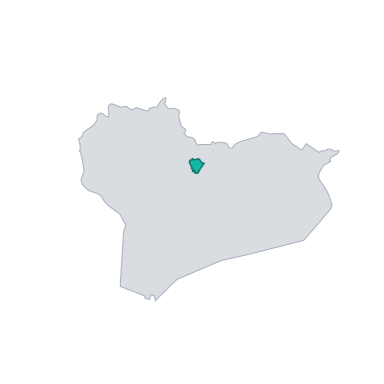 location of Baquba, Diyala, Iraq, rotated 305°
{"feature_id": "34846034B22760566253423", "entity_name": "Baquba", "entity_type": "district", "adm_level": 2, "iso_a3": "IRQ", "parent_name": "Iraq", "parent_adm1": "Diyala", "projection": "natural_earth1", "projection_center": [44.628, 33.645], "detail": "fine", "context": "in_parent", "style": "filled", "palette": "teal", "viewbox_px": 384, "rotation_deg": 305, "n_neighbors": 0, "source": "geoboundaries", "source_scale": "gbopen_adm2", "svg_char_len": 4777}
<svg xmlns="http://www.w3.org/2000/svg" viewBox="0 0 384 384"><g transform="rotate(305 192 192)"><path d="M160.8,76.5L163.1,75.9L167.4,72.3L170.0,69.0L170.8,68.7L173.0,69.8L174.6,70.1L178.3,68.9L180.5,69.5L182.4,70.4L183.4,70.4L188.4,72.5L189.6,72.7L192.2,73.0L196.0,73.1L198.5,71.8L200.2,70.4L201.4,70.5L202.6,70.8L203.6,71.4L204.5,72.3L204.9,73.7L204.7,78.2L205.1,79.4L205.7,80.2L206.6,80.4L207.6,79.4L209.5,78.0L211.7,76.5L213.4,75.0L214.3,74.5L215.8,74.6L217.3,74.8L218.1,75.5L218.9,77.8L220.9,85.7L222.0,86.7L223.3,87.5L224.2,88.7L224.5,89.8L224.4,91.6L224.5,93.8L225.0,95.4L225.7,96.6L226.4,97.2L227.4,97.3L228.7,97.6L229.5,98.8L232.1,107.7L232.4,108.9L233.5,109.3L235.3,109.1L237.2,110.0L239.2,111.5L241.1,114.2L242.3,114.6L246.3,114.2L251.7,114.7L254.2,116.1L254.0,116.9L252.0,117.9L248.6,119.0L247.6,121.0L247.0,123.4L247.1,124.8L248.0,126.4L250.4,129.4L250.6,130.6L251.0,132.1L251.5,133.1L251.0,135.2L248.8,136.6L245.9,138.1L240.1,145.0L239.6,146.4L239.7,150.5L239.1,151.6L237.3,151.6L235.8,151.4L235.8,152.8L234.8,154.7L234.3,156.3L236.5,160.2L236.9,162.3L236.5,164.1L234.5,167.3L233.4,169.5L233.7,170.0L235.2,170.9L240.1,177.9L241.6,180.4L243.7,179.8L244.4,179.8L245.0,180.2L245.4,181.1L245.4,182.1L244.9,183.7L247.5,184.4L248.4,186.0L251.5,191.5L251.4,193.2L250.0,195.8L250.0,197.5L250.3,199.0L250.7,199.6L255.2,199.8L257.1,200.4L261.8,203.3L267.1,207.6L271.5,211.1L275.2,214.2L279.2,214.0L280.3,214.5L281.3,215.4L282.4,217.9L284.8,223.6L286.7,225.4L289.7,229.9L292.6,234.1L290.8,239.9L289.0,245.8L289.1,253.5L289.1,257.7L292.9,257.8L297.2,258.0L297.2,263.0L297.3,267.9L297.4,273.6L298.7,273.9L300.7,275.1L301.5,276.9L302.6,277.9L303.9,278.1L305.2,279.0L306.4,280.6L306.9,281.9L306.6,282.7L306.9,284.2L307.8,286.3L308.8,287.3L310.5,288.6L308.3,289.3L305.8,288.7L300.6,286.2L298.9,286.2L296.7,287.1L296.6,288.0L291.1,285.2L289.1,284.6L288.4,284.6L285.3,284.6L280.8,285.1L278.2,286.2L276.4,287.4L275.5,288.6L275.3,289.2L273.8,292.7L272.2,297.2L270.5,301.2L267.2,306.8L265.4,309.5L261.4,314.3L257.2,315.3L247.2,314.3L236.2,313.3L225.2,312.2L217.0,311.4L216.4,311.2L208.3,304.2L201.9,298.8L194.0,291.9L185.9,285.0L177.7,277.9L171.7,272.7L164.5,266.1L157.9,260.1L152.7,255.4L146.1,251.2L140.9,247.9L133.3,243.2L127.3,239.4L122.1,236.2L114.2,231.2L111.5,229.8L103.3,228.2L95.4,226.8L87.3,225.3L81.9,224.3L85.5,220.8L84.5,217.6L81.9,218.2L79.5,219.0L78.1,214.0L79.9,213.4L78.3,206.9L76.7,200.3L75.1,193.9L73.5,187.3L80.4,183.1L85.5,179.9L92.8,175.5L99.7,171.3L106.3,167.2L113.6,162.8L120.1,158.8L126.0,157.2L127.3,155.9L130.0,150.5L132.4,145.8L132.5,144.8L132.6,138.2L133.0,130.4L133.8,126.3L135.2,122.7L136.4,120.0L136.6,117.5L136.5,115.0L135.2,111.1L134.0,107.2L134.2,103.3L134.4,101.3L135.3,98.0L136.7,95.6L138.2,94.1L143.8,92.6L147.1,91.7L151.6,87.4L154.2,84.9L157.9,80.9L160.6,77.9L160.8,76.9L160.8,76.5Z" fill="#d9dde1" stroke="#a8b0b8" stroke-width="1"/><path d="M210.8,185.1L210.9,185.3L210.9,185.5L210.9,185.9L210.9,186.1L211.0,186.1L211.4,185.8L211.5,185.7L211.8,185.5L212.0,185.6L212.3,185.8L212.6,185.8L212.8,185.8L213.0,185.7L213.2,185.8L213.3,185.8L213.5,185.7L213.9,185.5L214.0,185.5L214.4,185.5L214.5,185.6L214.8,185.5L215.3,185.5L215.6,185.5L216.1,185.5L216.6,185.5L217.1,185.5L217.5,185.5L217.9,185.5L218.2,185.5L219.1,185.5L219.7,185.5L220.4,185.5L221.1,185.5L221.5,185.5L222.4,185.4L222.4,185.2L222.3,184.9L222.0,184.3L221.9,184.0L221.8,183.6L221.8,183.3L221.8,183.1L221.9,182.5L222.0,182.2L222.1,181.8L222.2,181.4L222.3,181.1L222.4,180.5L222.5,180.3L222.6,180.2L222.8,179.9L222.9,179.7L223.0,179.6L223.0,179.4L222.9,179.0L222.9,178.8L222.9,178.6L222.9,178.4L222.9,178.2L222.6,178.2L222.4,178.2L222.0,177.5L221.9,177.3L221.4,176.9L221.0,176.7L220.8,176.4L220.5,176.0L220.2,175.6L219.9,175.3L219.4,174.8L219.2,174.4L219.1,174.2L219.5,173.7L219.7,173.4L219.2,173.2L219.1,173.3L218.9,173.4L218.7,173.4L218.4,173.4L218.2,173.2L217.7,172.8L217.0,172.4L216.8,172.3L216.7,172.5L216.5,172.4L216.3,172.3L216.2,172.3L216.1,172.5L215.9,172.8L215.7,172.9L215.1,172.8L215.1,173.0L214.8,173.0L214.6,173.1L214.4,173.3L214.4,173.5L214.1,174.0L213.9,174.4L213.8,174.6L213.5,175.0L213.2,175.5L213.0,175.9L212.8,176.4L212.7,176.7L212.6,177.0L212.3,177.4L212.2,177.5L211.8,177.7L211.6,177.7L211.4,177.9L211.3,178.0L211.4,178.3L211.0,178.3L211.0,178.6L210.9,179.0L210.8,179.4L210.5,179.7L210.1,180.1L209.8,180.5L209.7,180.4L209.4,180.4L209.4,180.5L209.3,181.0L209.5,180.9L209.8,180.8L210.1,181.1L210.1,181.4L210.1,181.7L210.4,181.6L210.6,181.6L211.1,181.4L211.0,181.9L211.0,182.0L210.9,182.2L210.7,182.4L210.4,182.5L210.3,182.8L210.2,182.9L210.0,183.0L209.8,183.1L209.7,183.2L209.4,183.5L209.3,183.8L209.4,184.0L209.4,184.3L209.4,184.5L209.6,184.7L209.9,184.6L210.1,184.6L210.3,184.7L210.6,184.8L210.8,185.1Z" fill="#14b8a6" stroke="#0f766e" stroke-width="1.5"/></g></svg>